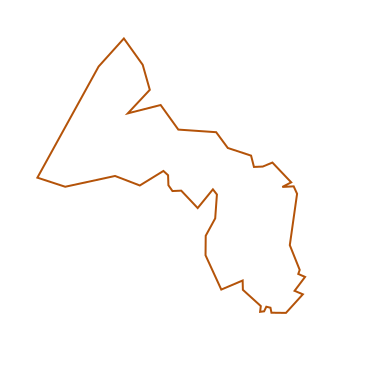 the district of Aweil West, Northern Bahr el Ghazal, South Sudan, rotated 37°
{"feature_id": "79223893B18780774215456", "entity_name": "Aweil West", "entity_type": "district", "adm_level": 2, "iso_a3": "SSD", "parent_name": "South Sudan", "parent_adm1": "Northern Bahr el Ghazal", "projection": "natural_earth1", "projection_center": [26.922, 8.906], "detail": "fine", "context": "isolated", "style": "outline", "palette": "amber", "viewbox_px": 384, "rotation_deg": 37, "n_neighbors": 0, "source": "geoboundaries", "source_scale": "gbopen_adm2", "svg_char_len": 746}
<svg xmlns="http://www.w3.org/2000/svg" viewBox="0 0 384 384"><g transform="rotate(37 192 192)"><path d="M339.8,232.0L342.1,207.0L333.4,209.2L333.4,191.8L326.2,193.5L324.9,189.4L302.1,175.6L277.0,130.2L269.8,126.3L261.1,133.6L265.4,124.6L238.5,120.1L233.2,129.1L226.4,134.7L217.3,127.4L194.1,135.3L175.3,129.7L143.5,150.4L114.6,141.4L93.4,167.8L96.8,135.8L76.1,120.1L45.2,110.4L41.9,148.0L59.9,273.6L87.6,264.1L120.9,225.5L146.4,218.2L156.5,192.4L162.8,193.0L169.1,200.8L175.8,203.0L182.6,197.4L206.2,201.4L207.1,177.3L213.4,179.0L226.4,199.1L229.3,218.7L240.9,234.4L274.1,252.3L285.7,232.2L291.5,239.5L315.6,241.7L318.5,246.7L321.4,243.9L320.4,238.9L324.3,237.2L328.1,240.6L339.8,232.0Z" fill="none" stroke="#b45309" stroke-width="2"/></g></svg>